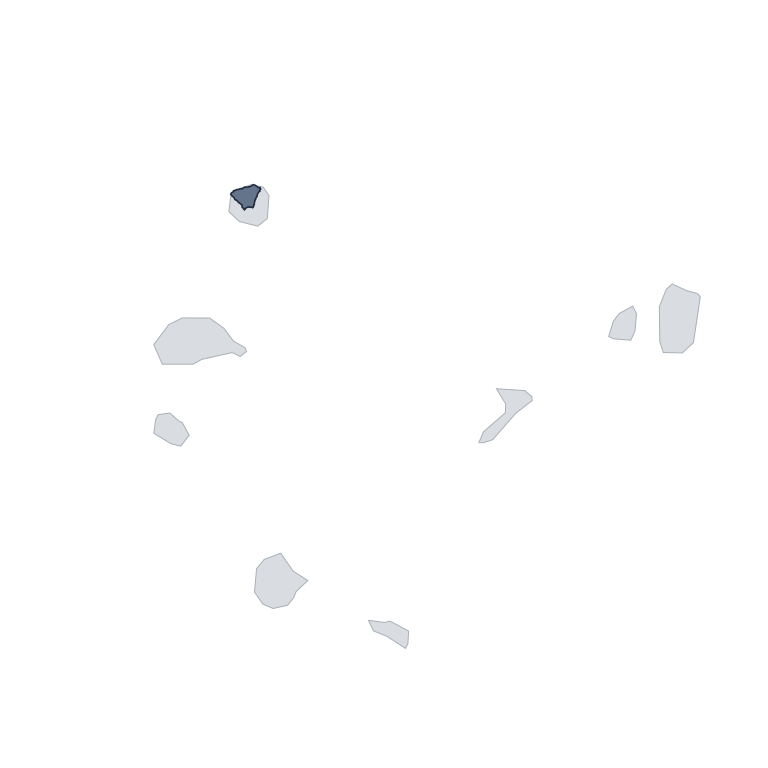 Nossa Senhora Da Conceicao, São Filipe, Cabo Verde shown in context, rotated 124°
{"feature_id": "66160863B39753348448887", "entity_name": "Nossa Senhora Da Conceicao", "entity_type": "district", "adm_level": 2, "iso_a3": "CPV", "parent_name": "Cabo Verde", "parent_adm1": "São Filipe", "projection": "albers", "projection_center": [-24.43, 14.881], "detail": "fine", "context": "in_parent", "style": "filled", "palette": "slate", "viewbox_px": 768, "rotation_deg": 124, "n_neighbors": 0, "source": "geoboundaries", "source_scale": "gbopen_adm2", "svg_char_len": 5280}
<svg xmlns="http://www.w3.org/2000/svg" viewBox="0 0 768 768"><g transform="rotate(124 384 384)"><path d="M491.5,578.9L480.1,596.9L455.0,595.6L442.1,588.2L426.9,565.6L427.3,548.1L432.6,532.9L431.6,519.7L433.8,516.2L441.5,518.5L442.8,527.4L465.7,549.0L474.2,553.2L491.5,578.9ZM165.9,199.0L147.6,203.0L139.9,201.0L137.4,185.4L133.8,175.2L134.7,170.6L176.7,150.6L191.4,154.0L201.7,170.1L194.7,179.0L165.9,199.0ZM589.6,337.3L605.3,340.8L611.3,339.4L621.3,340.2L632.1,350.4L634.2,361.3L629.0,375.0L608.3,386.4L596.3,385.2L582.0,375.0L590.0,354.7L589.6,337.3ZM327.9,609.0L313.1,616.5L302.8,613.2L293.0,605.5L288.3,594.3L292.1,584.7L312.0,573.3L323.8,577.0L330.2,594.7L327.9,609.0ZM369.2,262.7L376.9,268.5L379.5,272.6L368.0,274.8L339.9,267.3L332.5,271.9L325.0,288.1L310.8,263.6L311.8,254.5L314.8,251.9L334.7,258.4L369.2,262.7ZM541.0,553.4L535.7,554.1L527.8,545.3L529.5,533.1L528.6,529.9L535.5,516.8L549.2,517.8L552.7,527.5L553.5,547.4L541.0,553.4ZM219.0,224.3L203.5,229.0L194.0,228.4L180.3,221.4L184.6,213.9L199.5,205.6L209.7,203.9L218.1,218.8L219.0,224.3ZM594.6,254.6L588.6,264.7L581.2,250.0L577.2,246.5L575.1,225.4L585.9,219.0L591.2,218.4L591.5,240.3L594.6,254.6Z" fill="#d9dde1" stroke="#a8b0b8" stroke-width="1"/><path d="M312.3,617.3L312.3,616.8L312.4,616.7L312.5,616.6L312.7,616.3L312.7,616.2L312.8,616.0L312.8,615.8L313.0,615.6L313.1,615.3L313.1,615.2L313.2,614.9L313.3,614.6L313.3,614.4L313.2,614.2L313.2,613.9L313.2,613.6L313.2,613.4L313.2,613.2L313.3,612.9L313.3,612.7L313.5,612.4L313.6,612.2L313.8,611.8L313.9,611.6L314.1,611.5L314.1,611.3L314.2,611.2L314.3,611.1L314.4,610.6L314.3,610.4L314.5,610.1L314.4,609.8L314.4,609.7L314.2,609.5L314.1,609.4L314.1,609.2L314.1,608.9L314.1,608.7L314.3,608.5L314.2,608.0L314.3,607.8L314.4,607.7L314.5,607.4L314.4,607.3L314.4,607.2L314.5,607.0L314.7,606.7L314.8,606.6L314.8,606.4L314.9,606.2L314.9,605.9L314.9,605.6L314.8,605.3L314.8,605.1L315.0,604.9L314.9,604.5L314.8,604.3L314.8,604.1L314.9,603.8L314.9,603.6L315.0,603.4L315.0,602.9L315.0,602.7L315.0,602.4L314.9,602.3L314.9,602.1L315.0,601.9L315.1,601.7L315.3,601.5L315.5,601.5L315.8,601.3L315.9,601.1L316.1,600.9L316.6,600.8L316.6,600.4L316.8,600.0L316.9,599.6L316.9,599.4L317.1,599.0L317.4,598.5L317.4,598.3L317.4,598.1L317.5,597.9L317.5,597.7L317.5,597.3L317.6,597.0L317.4,597.0L317.2,597.0L316.9,597.0L316.8,596.9L316.7,597.0L316.3,597.1L316.2,597.0L315.7,597.0L315.5,596.8L315.0,596.7L314.8,596.7L314.7,596.5L314.6,596.4L314.2,596.2L313.9,596.0L313.7,595.9L313.5,595.7L313.3,595.5L313.2,595.5L313.0,595.4L312.9,595.3L313.0,595.1L312.8,594.9L312.7,594.4L312.6,594.2L312.4,594.1L312.1,593.7L311.9,593.6L312.0,593.5L311.9,593.2L311.7,593.1L311.6,592.7L311.4,592.4L311.4,592.0L311.3,591.8L311.3,591.7L311.5,591.6L311.6,591.4L311.7,591.1L311.5,591.3L311.4,591.4L310.9,591.4L310.6,591.4L310.5,591.5L310.4,591.4L310.3,591.5L310.2,591.6L309.9,591.5L309.8,591.4L309.6,591.5L309.4,591.5L309.2,591.5L308.7,591.7L308.5,591.8L308.5,592.0L308.3,592.0L308.2,592.1L307.9,592.2L307.7,592.3L307.5,592.2L307.5,592.3L307.3,592.4L307.1,592.5L306.9,592.4L306.7,592.5L306.4,592.7L305.9,592.8L305.7,592.9L305.4,593.1L305.2,593.1L304.8,593.3L304.7,593.3L304.6,593.5L304.4,593.7L304.2,593.6L304.0,593.8L303.9,593.7L303.8,593.8L303.4,593.8L303.1,593.7L302.9,593.8L302.6,593.7L302.5,593.8L302.4,593.8L302.2,593.8L301.8,594.0L301.7,594.1L301.2,594.2L301.1,594.3L300.8,594.2L300.6,594.2L300.4,594.2L300.2,594.3L299.9,594.3L299.7,594.3L299.6,594.2L299.5,594.3L299.4,594.3L299.1,594.3L298.8,594.5L298.5,594.6L298.3,594.7L298.2,594.8L297.8,594.9L297.6,594.9L297.6,595.0L297.2,595.0L296.9,595.1L296.6,595.1L296.3,595.1L296.0,595.2L295.9,595.2L295.6,595.1L295.4,595.2L295.2,595.2L294.7,595.2L294.4,595.0L294.2,595.1L293.9,595.0L293.8,594.9L293.6,594.8L293.6,595.0L293.3,594.9L293.2,595.0L292.8,595.2L292.8,595.3L292.7,595.3L292.4,595.3L292.2,595.2L291.8,595.2L291.7,595.3L291.6,595.2L291.5,595.3L291.3,595.4L291.2,595.4L291.1,595.6L291.0,596.0L290.9,596.1L290.7,596.2L290.7,596.6L290.8,596.8L290.8,596.7L290.7,596.6L290.9,596.4L291.0,596.4L290.9,596.5L291.0,596.5L291.2,596.8L291.4,597.0L291.3,597.3L291.3,597.5L291.2,597.6L291.2,597.8L291.3,597.9L291.3,598.4L291.3,598.6L291.3,598.9L291.4,599.0L291.3,599.5L291.2,599.9L291.3,600.5L291.3,600.8L291.3,601.3L291.2,601.7L291.2,602.0L291.5,602.7L291.6,603.2L291.6,603.6L291.8,603.9L292.1,604.0L292.5,604.2L292.9,604.4L293.9,604.7L294.0,604.8L294.3,605.0L294.5,605.1L294.8,605.2L295.0,605.3L295.3,605.5L295.6,605.9L296.0,606.1L296.1,606.4L296.3,606.4L296.4,606.6L296.9,606.9L297.0,607.1L297.2,607.5L297.4,607.8L297.5,607.9L297.5,608.0L297.7,608.3L297.9,608.6L298.0,608.8L298.3,609.0L298.5,609.3L298.7,609.5L298.8,609.7L299.0,609.8L299.3,609.9L299.6,610.0L299.8,610.1L300.5,610.3L300.8,610.3L301.2,610.5L301.4,610.7L301.5,610.9L301.6,611.1L301.8,611.3L301.8,611.5L302.1,611.8L302.4,612.1L302.6,612.3L302.8,612.5L303.1,612.8L303.6,613.0L303.9,613.3L304.0,613.4L304.3,613.6L304.3,613.8L304.5,614.0L304.8,614.5L305.0,614.7L305.1,614.8L305.4,615.0L305.9,615.2L306.0,615.3L306.3,615.7L306.5,615.7L306.8,615.7L307.4,615.9L307.5,616.0L307.6,616.4L307.8,616.7L308.0,616.6L308.3,616.8L308.4,616.7L308.5,616.7L309.0,616.5L309.6,616.7L310.2,617.1L310.3,617.2L310.6,617.3L310.8,617.3L311.1,617.4L311.9,617.3L312.3,617.3Z" fill="#64748b" stroke="#1e293b" stroke-width="1.5"/></g></svg>